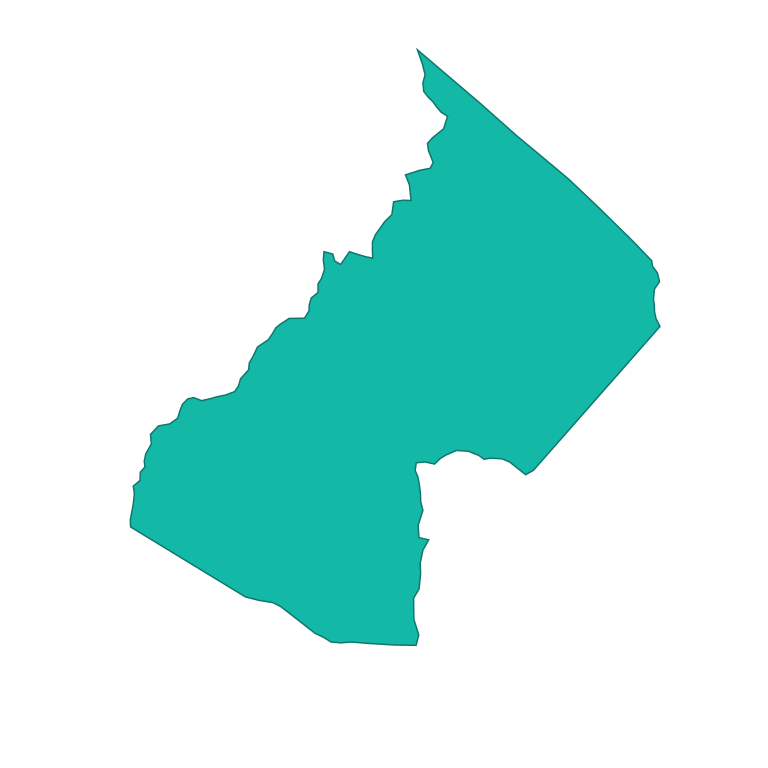 outline of Pau D'Arco do Piauí, Piauí, Brazil, rotated 132°
{"feature_id": "56859067B17447781535160", "entity_name": "Pau D'Arco do Piauí", "entity_type": "district", "adm_level": 2, "iso_a3": "BRA", "parent_name": "Brazil", "parent_adm1": "Piauí", "projection": "albers", "projection_center": [-42.465, -5.252], "detail": "fine", "context": "isolated", "style": "filled", "palette": "teal", "viewbox_px": 768, "rotation_deg": 132, "n_neighbors": 0, "source": "geoboundaries", "source_scale": "gbopen_adm2", "svg_char_len": 1887}
<svg xmlns="http://www.w3.org/2000/svg" viewBox="0 0 768 768"><g transform="rotate(132 384 384)"><path d="M659.8,476.7L642.8,386.1L634.9,344.4L628.6,332.4L620.7,320.1L618.5,311.8L615.4,268.3L612.9,260.1L611.1,250.6L605.4,243.0L597.5,235.5L586.6,221.2L576.8,208.9L570.2,200.7L556.7,185.3L547.2,190.3L539.0,204.2L531.2,211.5L523.3,218.7L512.9,220.8L500.7,229.7L492.8,237.3L487.8,240.2L481.2,244.0L469.9,246.5L474.8,255.3L466.1,264.1L451.9,270.5L446.9,278.0L440.9,283.7L434.9,290.7L430.4,296.6L427.4,303.0L421.0,307.3L414.5,301.4L409.7,292.9L401.7,292.3L395.7,290.6L384.9,285.7L377.6,276.4L373.6,265.7L373.0,259.3L368.2,255.6L360.7,246.4L357.9,238.5L356.6,218.0L348.1,215.2L156.6,217.4L153.4,225.6L149.3,231.3L144.9,235.4L140.3,240.8L132.3,246.6L123.6,247.7L118.5,255.1L116.8,263.3L113.2,267.7L112.8,274.3L111.3,295.1L109.2,344.1L108.2,383.9L109.4,418.0L110.7,451.2L111.1,502.3L113.3,582.7L120.5,569.6L126.7,560.4L134.3,556.5L140.0,550.2L141.2,543.3L141.6,536.3L142.9,530.1L143.8,523.4L142.5,515.9L154.4,510.5L168.6,512.7L176.1,512.7L180.9,507.0L186.5,495.6L192.9,494.1L201.2,500.4L214.2,508.0L218.9,498.5L229.5,486.7L234.7,492.8L242.1,498.8L252.8,491.5L263.0,492.1L278.6,490.3L286.1,487.7L292.7,481.8L297.9,476.6L301.3,482.0L305.0,489.6L308.8,498.2L324.2,496.2L325.6,502.8L321.7,509.1L325.8,517.1L332.2,512.3L338.7,504.8L347.7,501.0L353.7,500.0L360.1,494.3L368.8,495.6L375.2,492.5L379.8,488.7L388.3,487.1L398.8,498.4L408.5,501.0L414.5,502.0L421.0,500.6L428.6,499.6L441.0,502.8L451.0,499.8L458.5,498.2L463.9,494.1L476.1,494.1L482.6,490.9L489.6,489.9L498.2,494.4L505.9,500.0L511.7,503.6L518.5,508.5L521.5,516.4L526.5,519.9L534.0,520.2L540.6,517.7L547.4,514.5L557.0,516.5L566.1,523.6L577.7,523.8L584.2,516.8L595.3,514.3L601.8,510.5L605.6,506.1L612.6,506.1L618.9,500.8L627.7,502.0L632.3,496.3L641.4,489.7L654.6,481.7L659.8,476.7Z" fill="#14b8a6" stroke="#0f766e" stroke-width="1.5"/></g></svg>